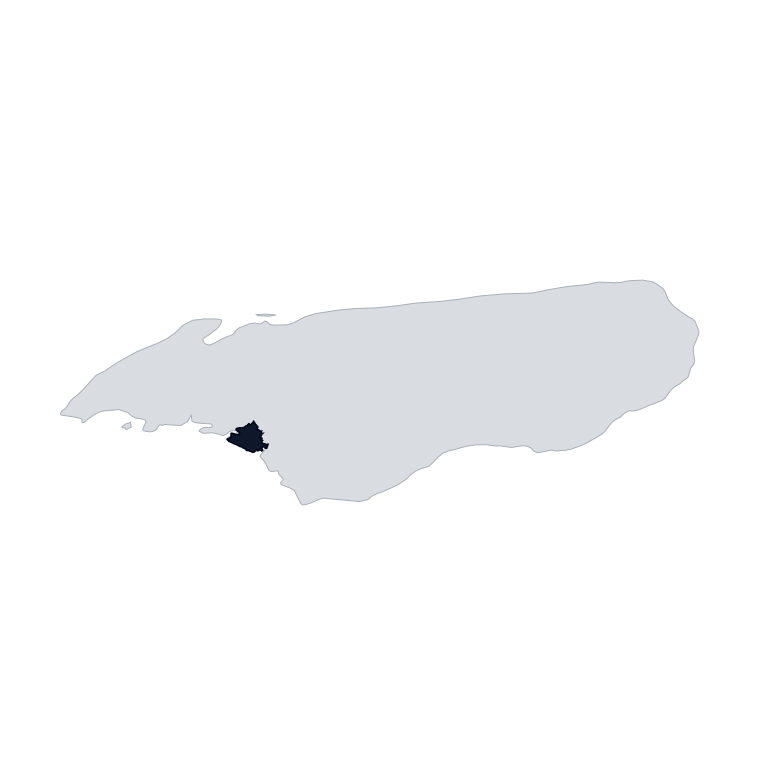 Mahajanga II, Boeny, Madagascar shown in context, rotated 250°
{"feature_id": "10022922B51504984909978", "entity_name": "Mahajanga II", "entity_type": "district", "adm_level": 2, "iso_a3": "MDG", "parent_name": "Madagascar", "parent_adm1": "Boeny", "projection": "equal_earth", "projection_center": [46.72, -15.594], "detail": "fine", "context": "in_parent", "style": "filled", "palette": "ink", "viewbox_px": 768, "rotation_deg": 250, "n_neighbors": 0, "source": "geoboundaries", "source_scale": "gbopen_adm2", "svg_char_len": 8043}
<svg xmlns="http://www.w3.org/2000/svg" viewBox="0 0 768 768"><g transform="rotate(250 384 384)"><path d="M476.8,86.7L478.4,91.7L480.3,96.4L486.2,107.9L488.6,112.3L490.8,117.0L491.8,126.4L495.4,140.9L498.9,162.8L499.8,185.2L500.8,195.4L503.5,205.1L507.9,215.1L509.3,226.2L506.5,237.7L502.5,248.5L501.5,250.5L499.6,253.3L498.7,253.1L495.6,250.4L493.0,245.8L489.8,235.1L488.6,229.6L487.3,228.8L483.4,229.2L480.6,232.6L480.1,234.8L480.7,240.8L481.7,246.3L482.1,251.8L482.2,258.7L483.2,260.8L484.7,262.6L486.3,267.1L486.5,278.0L485.5,283.4L482.8,288.1L482.9,290.7L483.9,293.4L482.9,295.0L479.3,297.0L477.9,298.8L475.9,303.6L472.7,313.3L472.3,318.3L474.2,333.4L473.5,344.1L469.4,364.6L467.1,374.3L463.8,385.8L458.7,401.1L453.7,420.2L449.5,439.9L446.3,451.7L442.8,463.3L437.9,483.8L433.8,504.5L427.7,527.3L419.3,552.7L418.4,556.0L416.6,569.0L414.7,580.2L412.5,591.3L407.8,609.6L407.3,615.3L406.2,620.7L401.7,632.1L399.9,636.4L398.5,640.9L397.8,646.7L396.4,652.2L393.2,662.4L388.3,671.1L385.0,674.3L377.9,678.9L374.3,679.8L366.3,679.9L358.5,682.5L350.5,687.6L342.7,693.4L339.7,696.1L336.5,697.7L326.2,698.0L323.1,696.8L312.8,687.3L308.8,685.7L301.3,684.4L299.0,683.6L296.9,682.3L293.8,677.4L287.8,673.2L286.3,671.9L285.3,669.0L284.7,665.8L283.1,662.3L281.9,655.7L279.9,651.0L274.2,642.8L273.6,640.1L273.1,631.4L273.2,625.5L272.6,614.6L273.2,609.5L275.1,604.9L274.3,599.9L272.1,594.6L271.3,589.2L269.7,584.3L263.8,575.4L262.3,571.0L261.3,566.4L259.0,552.2L258.7,547.3L258.9,536.8L259.7,531.5L261.1,527.7L261.4,524.9L262.4,522.5L263.7,520.6L264.7,518.3L266.8,504.9L269.5,501.9L273.7,500.2L277.0,496.7L278.9,491.9L280.7,482.2L285.9,472.5L287.7,467.4L291.9,459.6L295.6,448.8L296.7,443.7L297.5,438.4L298.4,426.9L299.1,421.2L298.9,415.5L296.7,409.6L291.6,399.0L291.4,397.0L291.7,389.1L291.3,383.4L289.4,377.7L286.9,372.4L284.5,362.3L283.2,345.7L283.4,339.7L282.7,334.4L280.9,329.3L282.1,320.4L297.4,288.1L297.9,284.3L297.2,274.4L297.5,268.7L298.0,266.6L299.2,265.3L301.8,264.7L314.3,263.3L315.9,262.3L319.0,259.6L323.3,254.3L325.3,252.8L327.0,253.4L328.0,255.6L329.4,256.9L334.5,254.5L336.4,254.4L338.4,254.8L339.3,252.6L339.9,249.6L340.6,247.6L341.9,246.4L348.4,245.7L352.6,244.9L357.9,242.8L359.1,243.2L363.4,250.6L364.7,251.3L366.4,251.6L367.9,250.2L364.4,246.4L363.8,244.2L364.0,241.7L365.9,236.3L369.0,232.2L376.0,226.0L383.3,218.9L385.4,218.4L387.2,219.5L388.5,228.0L388.4,229.4L389.5,229.6L390.9,228.5L392.1,225.1L392.1,222.3L391.2,219.6L390.7,217.3L390.6,215.1L394.3,210.1L397.2,205.4L398.6,199.7L399.8,197.0L402.8,194.1L403.7,194.6L404.4,197.0L404.8,199.5L404.0,202.0L402.9,204.5L402.4,207.9L404.2,208.5L405.8,207.7L408.2,201.7L410.9,196.0L412.5,193.0L414.6,190.9L417.9,191.4L421.2,192.6L415.9,186.6L414.6,178.4L421.0,164.1L421.0,161.1L422.0,160.2L422.4,159.0L419.1,154.2L418.5,151.8L418.9,148.2L420.5,144.9L421.9,142.7L424.0,141.8L425.6,143.1L429.1,147.0L431.5,147.6L434.4,143.8L436.8,139.1L440.4,135.8L444.4,133.8L450.6,126.3L454.7,110.6L455.0,106.0L454.1,100.4L452.7,95.2L450.4,88.6L451.0,87.1L454.4,88.0L455.5,87.0L459.2,81.2L465.2,70.0L467.2,70.0L468.9,72.1L469.6,75.2L470.7,77.4L474.8,82.7L476.8,86.7ZM434.6,130.8L434.7,132.6L430.0,131.8L429.3,125.9L431.6,125.7L432.1,123.3L433.5,123.0L434.9,128.3L434.6,130.8ZM489.8,297.5L485.8,306.1L487.0,298.9L491.6,288.6L492.9,287.8L489.8,297.5Z" fill="#d9dde1" stroke="#a8b0b8" stroke-width="1"/><path d="M365.1,242.2L365.2,242.4L365.3,242.6L365.2,242.7L365.1,242.8L364.7,242.9L364.8,243.0L364.9,243.5L364.8,243.8L364.8,244.2L364.7,244.3L364.5,244.5L364.2,244.9L364.2,245.1L363.9,245.5L363.7,245.8L363.4,246.0L363.1,246.0L362.8,246.1L362.8,246.5L363.0,247.0L363.2,247.4L363.5,247.5L363.7,247.4L363.9,247.4L364.2,247.2L364.5,247.2L364.8,247.2L365.3,247.4L365.6,247.5L365.8,247.7L365.9,247.9L366.1,248.0L366.3,248.4L366.3,248.8L366.2,249.3L366.1,249.6L366.0,249.9L365.8,250.2L365.7,250.3L365.3,250.1L365.2,250.0L364.7,250.2L364.9,250.5L364.9,250.8L364.8,251.3L364.6,251.6L364.2,251.6L363.9,251.3L363.8,251.5L364.0,251.8L363.9,252.0L364.3,252.3L365.5,253.3L365.8,253.6L367.1,254.5L367.4,252.8L367.6,252.2L367.9,251.9L368.6,251.8L368.7,251.3L368.9,251.0L368.9,250.7L369.2,250.4L369.5,250.0L371.0,249.0L371.4,249.4L371.5,249.6L371.9,249.8L372.0,249.9L372.1,250.1L372.3,250.4L372.4,250.2L372.7,250.0L373.1,249.8L373.3,249.7L373.8,250.4L373.9,250.6L374.2,250.5L374.5,250.4L374.8,250.7L375.0,250.5L375.1,250.3L375.1,250.0L375.2,249.9L375.7,249.6L375.9,249.7L376.0,249.6L376.1,249.8L376.3,249.6L376.5,249.7L376.7,249.8L376.7,250.1L376.8,250.2L377.0,250.6L377.5,251.1L378.1,251.4L378.4,251.5L378.7,251.8L378.8,252.2L378.8,252.7L378.8,252.9L378.9,253.0L379.0,253.2L379.1,252.6L379.3,252.5L379.4,252.4L379.5,252.5L379.8,252.4L380.1,252.2L380.3,252.1L380.7,252.0L381.0,252.1L381.0,252.4L381.3,252.5L381.5,252.9L381.6,253.0L381.7,252.8L381.7,252.6L381.8,251.9L381.9,251.6L382.1,251.5L382.6,251.4L382.8,251.3L383.4,250.8L383.6,250.7L383.8,250.6L383.8,250.4L383.9,250.1L384.0,250.0L384.0,249.9L384.2,249.6L384.3,249.4L384.5,249.5L384.6,249.3L384.7,249.2L384.8,249.0L384.8,248.7L385.0,248.5L385.2,248.9L385.2,249.2L385.4,249.3L385.7,249.6L385.9,250.2L386.0,250.3L386.4,250.6L387.4,250.8L387.6,250.7L388.2,250.1L388.9,250.1L389.2,250.0L389.6,249.7L390.1,249.5L390.7,249.4L390.9,249.4L391.2,249.3L391.9,249.2L392.2,249.1L392.5,248.9L393.5,248.9L393.7,248.7L393.3,248.3L393.1,248.3L392.9,248.1L392.6,247.9L392.5,247.3L392.3,247.0L392.2,246.5L392.2,246.4L392.2,246.2L391.7,245.7L391.3,245.5L391.2,245.3L391.3,245.1L391.2,244.7L391.3,244.4L391.5,244.3L391.6,244.1L391.9,243.8L392.1,243.9L392.5,243.9L392.6,243.7L392.9,243.6L393.0,243.5L392.9,243.3L392.8,243.2L392.7,243.1L392.6,242.8L392.5,242.6L392.4,242.2L392.2,242.2L392.1,241.8L392.1,241.6L391.8,241.1L391.7,240.7L391.5,240.4L391.6,240.2L391.8,240.1L391.9,239.9L391.8,239.7L391.6,239.6L391.5,239.1L391.4,238.9L390.9,238.7L390.7,238.4L390.7,238.1L390.8,238.0L391.1,237.9L391.0,237.7L391.0,237.4L391.1,237.2L391.3,237.0L391.3,236.7L391.3,236.4L391.4,235.6L391.7,234.5L391.8,234.2L392.0,234.0L392.2,233.7L392.3,233.3L392.4,233.2L392.3,232.1L392.4,231.9L392.5,231.6L392.7,231.1L392.7,230.7L392.3,229.6L392.2,229.6L391.9,229.5L391.8,229.4L391.7,229.4L391.2,229.4L391.0,229.5L390.9,229.9L390.7,230.0L390.6,230.4L390.4,230.6L390.2,230.7L389.8,230.5L389.6,230.8L389.5,230.7L389.4,230.9L389.3,231.0L389.0,230.9L388.8,230.9L388.7,231.2L388.5,231.4L388.3,231.4L388.1,231.3L387.8,231.6L387.6,231.5L387.4,231.5L387.1,231.2L386.9,231.3L386.7,231.5L386.5,231.3L386.3,231.0L386.2,230.9L386.2,230.6L386.4,229.8L386.6,229.1L386.7,228.9L386.9,228.2L387.1,228.0L387.1,227.7L387.4,227.3L387.1,227.4L387.2,227.2L387.4,227.1L387.6,227.1L387.8,226.8L388.4,226.4L388.5,226.1L388.6,225.9L388.8,225.7L389.1,225.4L389.4,224.9L389.6,224.7L389.7,224.4L389.8,224.3L389.9,224.1L389.9,223.9L389.7,224.0L389.4,224.0L389.4,223.9L389.3,224.0L389.2,224.0L389.1,223.9L389.2,223.5L389.0,223.0L388.2,222.7L387.7,222.7L387.3,222.4L387.2,222.2L386.7,222.0L386.3,221.7L386.1,221.3L386.1,221.2L386.2,220.8L386.1,220.7L386.0,220.4L385.9,219.8L385.9,219.3L386.0,219.1L386.2,218.9L386.1,218.6L386.0,218.3L386.0,218.1L385.9,217.8L385.9,217.6L385.7,217.5L385.3,217.6L384.8,217.9L384.3,218.1L383.4,218.6L383.2,218.6L383.2,218.8L382.9,218.9L381.7,220.3L381.1,220.8L380.8,221.0L380.6,221.4L380.2,221.7L379.9,221.9L379.6,222.2L378.8,222.9L378.6,223.4L378.1,223.9L377.9,224.2L377.7,224.4L376.8,225.2L376.6,225.5L376.3,225.8L375.8,226.2L375.6,226.3L375.3,226.5L375.0,226.8L374.9,226.9L374.5,227.3L374.4,227.6L374.2,228.0L373.9,228.3L373.7,228.7L372.9,229.4L372.7,229.5L372.4,229.6L372.2,229.7L371.6,230.5L370.7,231.3L369.7,231.8L368.9,231.9L368.7,232.1L368.4,232.3L368.4,232.5L368.0,233.3L367.6,234.2L367.1,234.6L365.6,236.3L365.4,236.4L365.2,236.8L364.7,237.5L364.6,237.9L364.6,238.0L364.8,238.2L364.7,238.3L364.7,238.6L364.7,238.8L364.5,239.1L364.7,239.3L365.0,239.8L365.0,240.0L365.3,240.2L365.3,240.3L365.4,240.5L365.6,240.5L365.6,240.8L365.6,241.1L365.8,241.1L365.8,241.3L366.0,241.3L366.1,241.5L366.2,241.8L366.1,242.2L365.9,242.1L365.4,242.1L365.1,242.2Z" fill="#0f172a" stroke="#020617" stroke-width="1.5"/></g></svg>